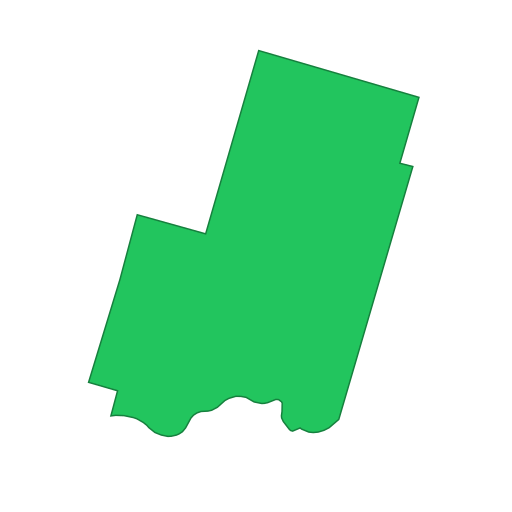 outline of Thurston, Nebraska, United States of America, rotated 106°
{"feature_id": "52423323B78691180058519", "entity_name": "Thurston", "entity_type": "district", "adm_level": 2, "iso_a3": "USA", "parent_name": "United States of America", "parent_adm1": "Nebraska", "projection": "mercator", "projection_center": [-96.365, 42.147], "detail": "fine", "context": "isolated", "style": "filled", "palette": "green", "viewbox_px": 512, "rotation_deg": 106, "n_neighbors": 0, "source": "geoboundaries", "source_scale": "gbopen_adm2", "svg_char_len": 900}
<svg xmlns="http://www.w3.org/2000/svg" viewBox="0 0 512 512"><g transform="rotate(106 256 256)"><path d="M57.8,310.0L248.6,310.5L249.1,381.5L316.3,380.3L423.6,382.1L423.7,351.9L449.7,351.4L447.8,346.9L445.8,338.8L445.1,329.3L445.3,325.7L447.0,318.7L448.8,314.3L450.5,311.7L453.5,304.5L454.2,297.7L453.7,291.0L452.6,287.8L450.1,283.2L448.2,280.9L445.2,278.3L440.6,276.3L429.7,273.9L426.2,272.2L423.2,269.6L420.6,266.0L418.3,259.4L416.5,256.1L412.0,251.4L403.4,246.0L400.3,242.8L396.4,236.7L395.1,231.7L394.6,226.5L396.8,217.6L396.2,209.9L395.4,207.5L393.8,204.4L388.4,197.4L387.8,194.7L389.1,191.3L390.1,190.3L398.4,188.1L402.6,187.5L404.6,186.7L407.6,184.1L413.5,176.1L414.2,174.6L414.2,172.5L409.1,166.2L409.8,164.6L410.7,156.8L409.9,152.3L408.1,147.7L404.8,142.6L400.9,138.4L390.3,131.4L126.8,129.9L127.2,143.3L58.6,143.1L57.8,310.0Z" fill="#22c55e" stroke="#15803d" stroke-width="1.5"/></g></svg>